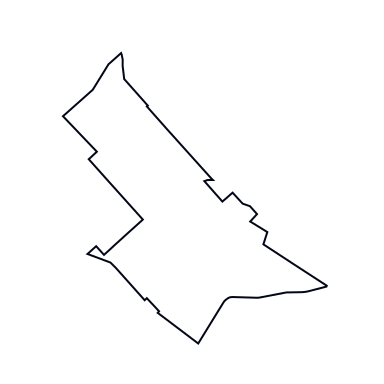 the district of Presidente Perón, Buenos Aires, Argentina, rotated 259°
{"feature_id": "61730980B23857431741611", "entity_name": "Presidente Perón", "entity_type": "district", "adm_level": 2, "iso_a3": "ARG", "parent_name": "Argentina", "parent_adm1": "Buenos Aires", "projection": "robinson", "projection_center": [-58.406, -34.942], "detail": "fine", "context": "isolated", "style": "outline", "palette": "ink", "viewbox_px": 384, "rotation_deg": 259, "n_neighbors": 0, "source": "geoboundaries", "source_scale": "gbopen_adm2", "svg_char_len": 834}
<svg xmlns="http://www.w3.org/2000/svg" viewBox="0 0 384 384"><g transform="rotate(259 192 192)"><path d="M42.1,169.2L65.4,190.6L78.3,202.5L79.5,204.2L80.4,206.0L81.1,207.7L81.4,209.3L81.2,211.6L75.7,236.0L75.5,237.7L75.4,265.8L75.0,267.7L72.7,280.8L72.4,283.4L72.3,286.5L73.5,305.9L74.3,306.4L101.1,278.7L127.0,252.1L138.3,258.3L151.9,243.5L157.9,251.6L167.0,246.2L170.9,239.5L183.6,231.7L176.8,220.0L200.3,206.2L200.8,209.4L199.8,214.8L202.0,213.3L258.5,179.4L284.6,164.0L285.2,165.1L315.8,147.0L329.3,148.0L335.0,149.2L340.2,149.2L341.9,148.9L333.3,134.4L311.3,114.1L291.0,79.8L249.7,106.3L243.9,96.9L218.2,112.2L174.3,138.5L161.8,117.7L154.8,106.2L151.5,100.9L147.1,93.6L157.1,87.6L151.1,77.6L138.3,98.5L132.1,102.7L94.8,124.9L96.4,127.4L81.2,136.9L79.9,135.3L42.1,169.2Z" fill="none" stroke="#020617" stroke-width="2"/></g></svg>